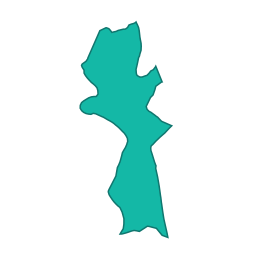 the district of Sharas, Hajjah, Yemen, rotated 188°
{"feature_id": "15242507B8279696782405", "entity_name": "Sharas", "entity_type": "district", "adm_level": 2, "iso_a3": "YEM", "parent_name": "Yemen", "parent_adm1": "Hajjah", "projection": "equal_earth", "projection_center": [43.654, 15.731], "detail": "fine", "context": "isolated", "style": "filled", "palette": "teal", "viewbox_px": 256, "rotation_deg": 188, "n_neighbors": 0, "source": "geoboundaries", "source_scale": "gbopen_adm2", "svg_char_len": 2476}
<svg xmlns="http://www.w3.org/2000/svg" viewBox="0 0 256 256"><g transform="rotate(188 128 128)"><path d="M73.3,25.2L74.7,29.3L79.8,42.8L81.9,49.7L84.1,57.4L84.6,59.0L85.8,63.6L86.4,65.5L88.9,74.3L91.9,83.7L94.9,91.7L95.0,92.7L95.0,94.5L95.3,94.9L97.0,98.0L100.2,104.9L102.2,109.0L102.7,111.3L102.7,112.4L102.7,112.6L102.5,113.6L101.1,115.2L98.7,118.7L95.1,123.3L92.7,126.1L90.9,128.1L87.3,133.3L85.0,136.3L95.7,139.3L97.9,141.0L100.1,142.8L102.4,143.9L102.6,144.1L105.0,145.4L107.4,146.7L109.6,147.5L111.7,149.1L113.0,151.9L112.3,154.0L110.0,161.3L109.7,161.7L107.8,164.2L106.7,169.7L106.3,173.2L100.9,178.5L100.7,178.5L109.1,193.0L109.3,192.4L111.1,189.2L113.4,187.6L114.8,185.1L116.5,182.8L118.8,181.7L121.0,180.5L123.4,180.1L125.9,181.1L126.8,181.9L127.4,183.4L128.2,187.1L127.9,190.4L127.6,194.1L127.3,199.1L126.7,200.8L126.5,203.6L126.4,203.7L125.9,206.8L126.2,209.8L126.2,210.4L126.9,213.9L127.1,214.4L127.7,216.2L127.9,216.7L128.9,219.8L129.7,223.0L130.5,226.1L131.5,228.9L133.0,231.4L134.4,233.4L134.8,234.1L135.1,233.7L135.3,233.4L137.1,232.2L139.1,231.4L141.4,230.1L142.4,227.5L144.1,225.8L144.6,225.5L146.4,225.2L151.2,223.3L151.4,223.2L153.2,222.0L155.4,221.2L157.3,220.4L157.4,220.5L159.0,222.2L160.8,223.7L163.0,224.2L163.7,224.2L164.4,223.8L169.4,220.5L177.5,191.7L177.5,190.9L178.3,189.4L178.8,188.3L182.3,184.9L182.7,183.5L181.7,181.6L179.6,179.2L179.1,176.2L177.4,174.0L175.3,171.9L173.2,170.1L171.4,168.7L170.9,168.2L168.5,166.8L166.4,165.4L164.3,163.5L163.1,160.9L162.4,157.5L162.5,157.2L163.8,154.8L166.2,154.4L168.7,153.7L171.1,152.4L173.2,150.7L175.6,148.7L177.5,146.7L178.4,143.9L178.3,142.7L178.1,140.9L176.3,138.7L174.1,137.3L171.6,136.5L169.1,136.3L166.6,136.4L164.5,137.7L162.0,137.6L154.6,135.4L154.2,135.4L151.8,134.4L149.4,133.4L146.9,132.5L144.5,131.5L142.2,130.3L142.0,130.1L140.1,128.9L139.7,128.7L137.3,127.2L135.2,125.6L133.2,124.0L131.0,122.4L129.1,120.4L127.2,117.8L126.4,114.7L126.8,112.8L126.9,111.7L127.8,108.4L129.0,105.6L130.1,102.8L130.4,99.5L130.8,96.4L131.2,93.4L131.4,92.7L132.0,90.3L132.3,89.4L133.0,87.4L133.3,78.7L138.2,64.6L138.7,62.7L138.6,61.9L137.4,59.3L135.6,57.1L134.3,55.7L133.7,55.0L131.7,53.0L129.4,51.1L127.1,49.4L125.3,48.4L124.9,48.1L122.1,43.9L119.4,37.6L118.7,32.3L118.7,27.6L120.0,24.6L121.1,21.9L119.3,22.2L117.1,23.1L114.8,24.1L112.4,25.3L110.1,26.5L107.7,27.4L106.9,27.4L105.2,27.4L102.3,27.2L95.2,33.4L93.7,33.5L85.9,32.6L79.3,26.5L73.3,25.2Z" fill="#14b8a6" stroke="#0f766e" stroke-width="1.5"/></g></svg>